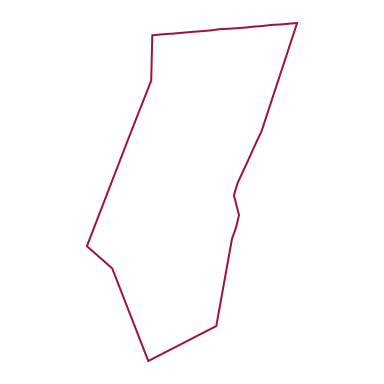 the district of Marizópolis, Paraíba, Brazil
{"feature_id": "56859067B22509587419183", "entity_name": "Marizópolis", "entity_type": "district", "adm_level": 2, "iso_a3": "BRA", "parent_name": "Brazil", "parent_adm1": "Paraíba", "projection": "natural_earth1", "projection_center": [-38.326, -6.828], "detail": "fine", "context": "isolated", "style": "outline", "palette": "rose", "viewbox_px": 384, "rotation_deg": 0, "n_neighbors": 0, "source": "geoboundaries", "source_scale": "gbopen_adm2", "svg_char_len": 492}
<svg xmlns="http://www.w3.org/2000/svg" viewBox="0 0 384 384"><path d="M148.3,361.0L216.3,326.0L232.0,238.7L235.9,228.1L239.0,215.1L233.9,195.3L237.6,183.0L245.3,166.5L255.9,143.2L261.5,131.3L297.1,23.0L289.9,23.6L281.6,24.4L271.8,24.9L261.5,26.1L254.0,26.6L246.0,27.5L235.4,28.3L227.2,28.8L219.5,29.2L212.5,30.2L205.0,30.9L194.4,31.7L181.8,32.8L173.2,33.6L164.5,34.1L152.3,35.3L151.2,80.6L127.8,140.2L86.9,246.2L112.2,268.4L148.3,361.0Z" fill="none" stroke="#9f1239" stroke-width="2"/></svg>